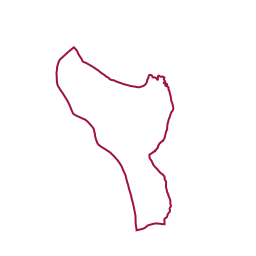 Si Chiang Mai, Nong Khai, Thailand, rotated 229°
{"feature_id": "78962969B28674959070038", "entity_name": "Si Chiang Mai", "entity_type": "district", "adm_level": 2, "iso_a3": "THA", "parent_name": "Thailand", "parent_adm1": "Nong Khai", "projection": "mercator", "projection_center": [102.502, 17.934], "detail": "fine", "context": "isolated", "style": "outline", "palette": "rose", "viewbox_px": 256, "rotation_deg": 229, "n_neighbors": 0, "source": "geoboundaries", "source_scale": "gbopen_adm2", "svg_char_len": 5292}
<svg xmlns="http://www.w3.org/2000/svg" viewBox="0 0 256 256"><g transform="rotate(229 128 128)"><path d="M129.1,183.7L129.5,183.6L129.8,183.6L130.2,183.7L131.0,184.3L131.9,185.0L132.3,185.3L132.5,185.3L132.8,185.3L133.0,185.2L133.3,184.9L134.2,184.5L135.1,184.1L135.3,184.0L135.5,184.1L135.7,184.4L135.6,184.5L135.0,185.1L134.9,185.3L134.8,185.5L134.9,185.8L135.1,186.0L135.3,186.2L135.5,186.2L136.0,186.1L136.2,185.9L136.2,185.5L136.3,185.4L136.5,185.2L137.0,185.0L137.7,184.7L138.2,184.6L138.4,184.6L138.5,184.6L138.7,184.8L138.7,185.2L138.7,185.3L138.6,185.5L138.3,185.7L138.2,185.9L138.1,186.1L138.2,186.3L138.4,186.5L138.6,186.6L138.9,186.6L139.3,186.5L139.6,186.6L140.2,186.8L141.0,187.0L141.4,187.1L141.5,187.2L141.7,187.4L141.8,187.6L141.9,188.2L142.0,188.4L142.1,188.5L142.3,188.6L142.6,188.5L143.9,187.9L144.3,187.7L144.5,187.5L144.7,187.3L144.7,187.2L144.9,186.6L145.0,186.5L145.1,186.4L146.0,185.9L146.6,185.7L147.2,185.6L147.3,185.6L147.5,185.4L147.5,185.1L147.4,184.9L147.3,184.6L147.2,184.4L147.0,184.2L146.5,183.6L145.2,182.6L145.0,182.4L145.0,182.1L145.1,181.9L145.3,181.8L145.5,181.8L146.0,181.9L146.6,181.9L146.8,181.9L147.4,181.8L147.9,181.7L148.3,181.6L148.5,181.5L148.7,181.3L149.1,180.9L149.7,180.2L149.8,180.0L150.3,180.0L150.6,180.0L150.9,180.1L151.4,180.3L151.9,180.4L152.2,180.3L152.4,180.3L152.7,180.1L152.9,180.0L153.1,179.9L153.6,179.5L153.7,179.3L153.9,179.1L154.0,178.8L154.0,178.7L153.9,178.5L153.9,178.3L153.7,177.9L153.3,177.3L152.6,176.4L152.5,176.0L152.2,175.4L151.9,174.6L151.6,174.0L151.4,173.7L150.5,172.9L150.4,172.7L150.2,172.2L149.7,170.7L149.6,170.2L149.5,169.9L149.4,169.5L149.4,169.2L149.5,168.5L149.6,167.5L149.6,167.3L149.7,167.0L149.8,166.7L150.5,165.2L151.0,164.0L151.5,163.1L151.7,162.8L152.2,162.3L155.2,159.9L157.8,157.7L164.3,153.3L166.0,152.4L168.8,150.7L171.8,149.2L173.3,148.6L173.9,148.1L174.7,147.3L175.3,146.9L175.8,146.7L176.7,146.4L177.3,146.2L178.1,146.3L178.6,146.2L179.4,146.0L180.2,145.7L181.0,145.3L181.9,145.2L183.4,145.0L184.7,144.6L186.3,144.2L187.9,143.8L188.5,143.7L189.1,143.6L190.1,143.5L191.0,143.4L192.6,142.8L193.5,142.6L195.1,142.2L199.1,141.0L204.4,139.1L206.1,138.3L207.0,137.8L207.9,137.5L208.2,137.5L209.3,137.9L210.5,138.2L211.2,138.4L212.3,138.5L214.7,138.8L216.8,139.2L218.9,139.9L220.4,140.2L222.1,140.2L224.4,140.1L224.6,132.6L224.4,125.2L224.4,122.7L224.2,121.3L224.1,120.8L223.8,119.9L223.1,118.6L221.9,116.6L220.4,114.4L218.6,112.6L216.1,109.8L215.1,109.1L211.8,106.5L210.2,105.2L208.1,103.8L206.8,103.1L204.9,102.6L203.0,102.3L200.8,101.9L197.1,101.6L194.9,101.2L191.0,100.6L189.1,100.3L187.4,99.9L184.6,99.2L182.7,98.6L178.2,97.0L174.7,96.0L172.6,96.6L170.5,97.4L168.6,98.3L165.0,99.9L163.3,100.8L162.5,101.1L160.8,101.5L160.1,101.6L157.1,101.8L153.6,101.8L151.8,101.8L150.3,101.6L149.5,101.4L148.5,100.9L147.4,100.2L146.4,99.7L145.2,99.1L144.4,98.6L143.7,98.0L140.5,96.4L137.1,95.1L135.8,94.9L134.9,94.8L132.9,95.1L130.6,95.7L127.3,96.8L123.6,97.8L121.3,98.5L118.3,98.7L116.1,98.9L113.6,99.0L112.2,98.9L110.3,99.0L104.0,98.2L100.6,97.2L98.9,96.5L96.5,95.9L93.8,95.1L91.9,94.0L90.6,93.3L89.1,92.6L87.3,91.7L85.2,90.9L83.8,90.1L82.1,89.2L80.1,88.3L78.2,87.5L75.6,86.3L73.2,85.0L71.3,83.9L69.2,83.0L65.6,81.1L64.3,80.4L62.3,79.2L60.7,78.3L59.1,77.3L57.7,76.6L56.0,75.4L54.8,74.3L52.8,72.7L51.5,71.6L49.4,70.1L45.8,67.9L45.2,67.4L42.7,72.1L41.9,73.9L41.6,74.9L41.5,76.1L41.5,77.3L41.5,78.2L41.4,79.0L41.1,79.8L40.8,80.7L40.0,82.2L39.4,83.6L38.6,85.0L37.6,86.6L37.2,86.9L35.8,88.3L34.5,89.6L33.4,90.4L31.4,92.5L32.6,93.5L33.8,94.3L34.8,95.2L35.1,95.5L35.3,95.7L35.4,95.9L35.5,96.7L35.3,98.2L35.3,98.8L35.3,99.0L35.9,99.9L36.9,101.7L37.1,102.4L37.3,103.5L37.4,104.4L37.6,104.9L37.8,105.2L38.1,105.5L39.3,106.1L39.6,106.2L40.0,106.7L40.4,107.5L40.6,108.5L40.7,109.0L40.9,109.2L43.2,110.4L45.3,112.2L46.0,112.6L47.5,113.2L51.2,114.5L51.4,114.6L51.7,114.9L52.1,115.0L53.1,115.2L54.8,115.9L56.2,116.8L57.9,117.6L58.7,118.0L58.8,118.1L61.8,120.9L62.3,121.4L62.5,121.5L63.1,121.6L63.7,121.7L64.2,121.9L65.5,122.1L65.8,122.3L66.5,123.2L66.9,123.5L67.2,123.6L67.6,123.7L69.2,123.7L70.3,123.7L71.2,123.4L72.0,123.2L72.7,123.1L73.4,123.0L74.4,123.0L76.5,123.0L78.3,123.1L80.0,122.9L81.4,122.9L82.6,122.9L83.7,123.0L86.7,123.9L87.5,124.2L88.4,124.3L90.6,124.5L91.0,124.6L92.3,125.4L92.5,125.5L93.3,126.2L93.5,126.5L93.8,126.7L93.3,129.9L93.3,130.9L93.3,131.1L93.2,131.2L93.0,131.3L93.1,132.9L93.2,133.2L93.2,133.3L92.7,133.5L92.8,133.9L93.3,134.4L93.3,134.5L93.3,135.5L93.3,136.2L93.3,136.3L93.5,136.5L93.6,136.8L93.5,137.1L93.7,137.9L93.8,138.0L93.9,138.3L94.2,138.5L94.4,138.6L94.5,138.8L94.6,139.0L94.8,139.1L95.0,139.4L95.0,140.2L95.1,140.3L95.2,140.5L95.6,141.4L95.6,141.5L95.6,142.1L95.5,142.5L95.6,142.8L95.7,143.0L95.6,143.3L95.6,143.8L95.7,144.1L95.7,144.3L95.6,144.5L95.6,145.2L95.4,145.7L95.3,145.9L95.3,146.0L95.7,146.4L95.7,146.5L95.9,147.5L96.0,147.9L96.1,148.3L96.3,148.7L97.4,150.5L99.0,152.5L99.6,153.4L100.3,154.5L101.0,156.0L101.6,156.9L103.2,158.4L104.7,160.0L105.9,161.7L107.0,163.3L107.9,164.6L108.7,166.3L110.2,168.7L111.0,170.2L111.4,171.1L111.6,172.0L111.9,173.1L112.1,173.8L112.7,174.6L113.2,175.2L113.7,175.6L114.9,176.2L117.3,177.5L118.8,178.0L119.5,178.2L121.0,179.1L122.5,180.1L124.0,181.0L125.1,181.6L126.6,182.2L129.1,183.7Z" fill="none" stroke="#9f1239" stroke-width="2"/></g></svg>